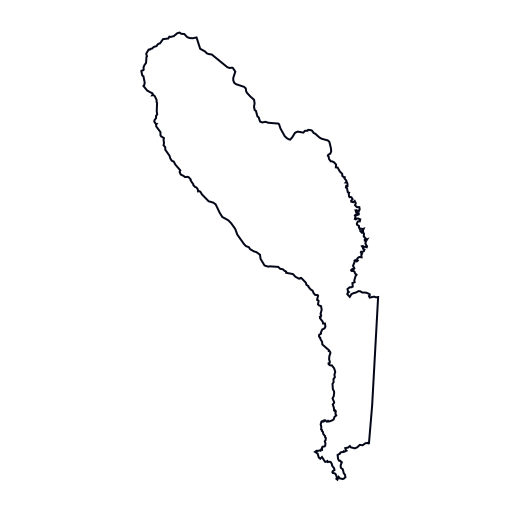 the district of Bom Jardim, Maranhão, Brazil, rotated 93°
{"feature_id": "56859067B20535313815955", "entity_name": "Bom Jardim", "entity_type": "district", "adm_level": 2, "iso_a3": "BRA", "parent_name": "Brazil", "parent_adm1": "Maranhão", "projection": "orthographic", "projection_center": [-46.265, -3.964], "detail": "fine", "context": "isolated", "style": "outline", "palette": "ink", "viewbox_px": 512, "rotation_deg": 93, "n_neighbors": 0, "source": "geoboundaries", "source_scale": "gbopen_adm2", "svg_char_len": 6106}
<svg xmlns="http://www.w3.org/2000/svg" viewBox="0 0 512 512"><g transform="rotate(93 256 256)"><path d="M100.9,368.0L100.7,367.0L101.3,365.8L102.5,365.0L105.5,363.4L107.5,363.3L108.4,362.8L116.5,362.7L119.8,362.1L121.4,363.2L123.4,363.0L125.8,364.5L127.1,364.6L129.3,363.0L129.3,362.2L130.1,362.7L131.8,362.4L137.3,357.9L140.5,357.7L141.4,357.1L143.1,354.1L144.8,354.4L147.9,353.8L150.3,354.1L152.0,352.4L154.7,352.1L160.4,347.6L163.0,346.7L165.3,345.1L166.0,343.1L169.0,341.3L174.4,336.1L176.1,336.7L178.6,335.4L179.8,332.5L180.9,331.1L180.5,328.3L180.9,327.3L183.0,325.2L184.0,325.2L187.8,322.3L188.7,322.2L190.2,320.5L190.6,319.2L192.3,317.7L194.5,317.2L194.2,315.9L194.8,314.9L197.3,313.2L203.8,306.2L204.9,301.6L206.5,299.0L214.6,294.6L218.8,291.7L221.8,285.5L224.6,282.5L230.0,278.2L235.6,275.8L244.6,268.7L246.6,266.6L247.6,263.6L249.5,262.2L251.6,258.1L252.0,256.0L254.5,252.1L258.6,251.3L264.6,247.3L265.3,246.3L266.0,242.8L265.6,241.8L265.7,233.3L267.5,231.2L267.9,228.4L269.4,226.6L269.6,225.7L270.2,225.0L271.2,225.0L272.1,218.2L274.7,215.5L276.4,211.9L276.3,211.0L275.6,210.6L275.6,209.6L280.1,204.8L282.1,204.2L283.3,202.1L284.2,201.9L286.6,199.6L287.6,197.7L290.1,196.5L291.7,195.0L291.8,192.4L292.5,191.9L296.0,192.7L296.8,192.5L296.9,191.7L297.7,191.1L301.0,191.6L302.1,190.4L302.7,188.4L306.3,187.6L310.4,188.5L311.9,187.8L313.4,188.2L313.4,189.0L314.8,188.8L318.2,185.9L319.9,185.5L319.8,183.6L323.0,183.0L324.7,183.8L326.0,186.1L329.1,187.2L330.1,187.0L331.4,188.8L332.7,188.9L333.8,188.4L334.2,187.6L335.2,187.5L338.3,185.5L340.9,185.1L346.5,178.0L347.2,178.2L347.4,177.4L348.1,176.9L348.9,176.6L352.1,177.5L355.3,177.6L357.9,176.7L359.0,176.9L359.3,177.9L360.3,177.8L361.3,176.2L361.3,174.5L364.1,172.1L367.6,170.8L370.5,171.5L372.9,170.9L374.9,172.2L377.9,171.9L379.7,172.9L384.9,172.3L387.1,171.0L388.4,170.8L391.7,171.0L394.3,172.1L397.9,170.3L398.7,170.4L400.3,171.6L403.4,170.3L406.2,169.9L406.7,169.3L406.2,168.6L406.9,168.2L409.4,168.4L411.0,167.5L412.6,169.2L415.3,170.0L416.4,171.8L417.5,174.5L416.8,175.4L417.6,176.0L417.7,176.8L416.5,178.1L416.5,179.3L417.5,179.5L418.0,180.4L417.4,181.2L418.0,182.0L420.7,182.6L423.4,181.8L425.8,181.9L426.4,180.9L427.3,181.0L428.0,180.1L430.5,179.3L432.2,177.6L433.4,177.5L434.2,176.7L436.4,176.9L437.4,177.6L439.3,176.9L441.5,176.9L442.5,177.4L443.0,179.6L443.7,180.0L445.9,179.9L445.6,180.7L447.1,181.3L446.8,182.3L447.5,184.3L447.3,185.3L448.5,186.8L450.0,184.2L454.0,182.7L455.1,181.2L453.3,179.6L457.8,176.4L458.0,175.6L457.0,174.0L458.0,173.5L457.6,171.6L457.9,170.6L459.7,169.4L461.7,168.8L463.7,167.0L465.6,166.4L467.0,168.2L467.9,168.4L468.6,168.0L469.0,166.0L469.8,165.0L472.7,163.6L474.3,164.1L475.1,163.0L472.3,161.9L473.7,160.6L474.2,157.6L473.6,156.5L472.2,155.1L469.8,155.7L468.3,157.0L464.4,158.2L463.5,159.7L462.6,160.3L460.5,160.5L457.5,159.5L457.0,160.6L456.1,161.0L456.1,162.3L454.4,163.4L450.4,164.1L448.9,161.7L448.0,161.5L447.5,160.8L447.2,158.7L446.4,158.2L446.8,157.5L445.7,155.5L445.2,156.1L443.2,156.8L442.5,154.1L440.9,152.3L442.1,151.3L442.9,147.2L441.7,144.8L439.2,142.5L439.4,139.6L437.3,137.0L436.8,134.8L437.3,134.1L437.1,133.4L399.5,132.2L290.6,131.9L291.0,133.9L290.4,136.1L291.6,140.2L290.1,141.1L289.4,140.4L288.4,140.4L287.8,141.4L286.8,144.2L286.9,148.1L285.8,150.0L285.7,151.7L287.4,154.6L287.8,156.3L289.1,158.7L291.9,160.2L289.4,162.8L288.6,162.8L287.1,161.4L286.6,162.3L284.2,162.9L282.3,160.8L282.2,159.0L281.5,157.8L278.0,158.3L277.0,156.1L275.4,156.6L271.0,155.6L269.5,154.6L268.3,156.1L266.4,156.9L265.9,157.9L265.9,159.8L265.3,160.3L264.5,159.8L263.9,158.9L263.9,157.6L263.2,157.1L260.7,158.6L256.4,157.1L255.6,157.4L254.9,156.7L256.1,155.1L255.2,154.1L254.6,154.8L253.4,154.8L252.5,154.0L251.6,152.9L251.8,150.5L249.1,150.9L248.3,150.2L247.0,151.5L246.2,151.2L246.4,150.2L245.6,148.6L243.9,148.0L243.1,149.5L241.9,149.7L240.7,150.7L240.4,149.8L241.4,148.7L241.0,147.5L241.5,145.9L240.6,145.6L237.9,147.4L235.6,147.0L233.6,145.9L234.7,148.2L234.0,148.3L232.9,147.2L230.9,149.4L228.2,149.3L226.9,150.1L227.3,151.4L225.9,152.8L225.5,151.8L226.1,150.9L225.6,150.4L224.6,150.5L223.1,149.9L223.5,151.0L223.1,153.0L223.9,153.6L222.3,154.6L220.7,154.7L219.4,156.8L218.6,157.0L216.9,156.5L216.0,155.8L216.0,154.2L214.0,153.8L213.2,156.0L213.3,157.2L214.2,158.3L213.9,159.2L211.5,158.7L210.3,159.4L209.5,158.6L209.8,157.2L209.1,155.6L208.2,155.6L207.4,158.1L205.2,159.0L205.0,158.0L205.9,157.5L205.4,156.4L205.9,155.7L204.0,154.9L201.8,155.4L201.9,157.8L200.1,159.8L198.1,159.1L195.9,160.3L197.2,161.6L196.8,163.7L195.9,163.9L194.2,162.5L192.6,163.6L192.1,164.4L192.4,165.5L191.8,166.1L188.9,166.7L188.0,166.3L187.4,167.7L183.5,168.7L182.9,169.8L181.3,169.6L181.4,168.3L179.2,168.4L177.9,168.9L177.9,170.2L177.1,169.6L176.1,169.7L173.7,171.8L172.7,171.5L172.4,172.8L171.5,174.0L169.5,174.2L167.1,176.8L163.4,179.1L163.3,180.9L160.5,180.8L158.3,183.0L157.5,185.0L157.5,186.4L155.2,188.2L152.9,188.7L152.2,189.5L151.1,189.1L149.9,187.2L147.7,186.4L144.5,186.8L138.2,188.7L136.8,190.4L135.5,196.5L134.3,198.9L130.8,203.2L130.2,204.8L128.1,206.4L127.6,207.2L127.3,209.5L127.3,210.5L128.2,211.1L128.4,213.6L130.3,215.2L129.6,220.9L130.9,223.5L135.6,226.0L138.0,228.0L137.7,229.4L136.9,231.1L134.8,233.6L127.3,238.3L123.4,239.8L122.6,240.5L122.3,250.7L121.5,253.6L122.3,256.8L121.5,259.0L117.4,260.6L116.5,261.9L111.2,263.6L110.2,265.0L107.1,265.8L103.7,265.4L100.1,266.1L97.1,269.9L93.4,273.7L91.8,274.5L89.2,275.0L87.7,276.8L85.4,285.1L84.1,286.9L81.7,287.9L79.2,288.0L73.0,286.3L69.5,288.9L69.2,289.7L69.6,292.3L68.9,294.6L57.1,310.7L56.8,313.9L56.2,315.7L54.4,317.6L52.0,322.6L40.9,326.8L41.9,330.8L41.8,333.7L41.0,336.2L38.1,339.2L38.0,342.3L36.9,344.0L37.6,346.2L40.8,349.7L41.7,352.8L41.5,354.0L43.4,355.0L44.3,360.2L48.7,363.0L49.1,364.3L50.0,365.4L51.6,366.3L52.5,368.9L54.4,370.8L54.7,372.3L55.5,372.8L55.5,374.0L59.0,375.9L60.0,376.2L62.3,375.3L63.0,375.8L68.9,375.9L71.2,377.4L73.5,378.2L75.4,377.9L76.3,378.2L77.0,380.1L77.8,380.1L81.6,379.0L82.5,377.8L88.8,376.2L91.3,376.6L92.1,377.3L96.6,373.2L99.0,367.9L100.0,367.5L100.9,368.0Z" fill="none" stroke="#020617" stroke-width="2"/></g></svg>